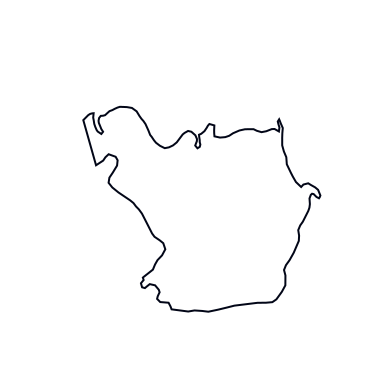 outline of Sarikei, Sarawak, Malaysia, rotated 34°
{"feature_id": "92858781B34394756888936", "entity_name": "Sarikei", "entity_type": "district", "adm_level": 2, "iso_a3": "MYS", "parent_name": "Malaysia", "parent_adm1": "Sarawak", "projection": "mercator", "projection_center": [111.411, 2.079], "detail": "fine", "context": "isolated", "style": "outline", "palette": "ink", "viewbox_px": 384, "rotation_deg": 34, "n_neighbors": 0, "source": "geoboundaries", "source_scale": "gbopen_adm2", "svg_char_len": 2376}
<svg xmlns="http://www.w3.org/2000/svg" viewBox="0 0 384 384"><g transform="rotate(34 192 192)"><path d="M240.7,300.7L255.7,293.2L260.3,288.8L267.0,284.9L272.5,282.1L279.4,275.0L285.7,268.1L290.7,262.5L308.2,247.3L315.4,242.3L320.2,238.4L320.8,236.9L322.0,233.8L322.3,224.5L321.6,217.2L316.1,208.9L311.9,205.2L310.8,200.1L311.0,193.9L310.3,185.4L307.9,172.8L305.2,168.3L301.4,164.2L300.4,159.2L300.5,154.6L299.0,142.7L298.1,139.3L296.5,136.1L293.0,131.6L292.1,127.9L292.5,126.3L294.0,125.7L298.0,126.5L300.8,126.2L300.8,124.9L300.4,123.1L295.3,119.7L291.4,119.3L286.5,119.7L283.5,119.8L280.2,123.5L279.7,126.8L272.6,125.6L266.9,122.8L263.1,120.7L255.1,116.0L250.7,110.4L245.5,107.0L240.7,102.9L237.6,98.3L236.5,96.7L234.0,92.7L232.6,90.2L231.5,88.2L227.4,85.6L225.0,83.9L223.6,83.0L223.7,85.6L225.9,87.6L228.4,89.6L230.2,93.2L225.2,93.6L223.0,95.2L219.6,100.1L216.2,103.5L211.5,105.0L207.9,105.5L200.9,110.3L196.9,114.5L193.2,120.3L191.4,124.6L188.9,127.9L184.8,131.2L179.5,133.3L177.4,130.7L175.8,128.4L173.3,124.3L168.4,125.9L168.1,128.2L168.3,130.5L168.3,132.4L168.3,134.6L167.1,138.6L165.8,140.6L167.0,142.1L169.3,144.6L170.6,146.4L172.4,148.0L173.2,150.2L172.1,152.7L168.7,151.7L168.1,149.3L167.6,147.1L166.5,145.3L163.1,143.1L157.8,142.4L154.6,143.6L152.8,147.2L152.1,149.5L151.6,159.4L150.2,164.0L147.9,167.9L144.9,170.9L139.6,171.6L134.6,171.3L131.6,170.4L127.7,168.8L125.4,168.1L121.5,165.4L115.5,161.7L112.0,160.3L109.2,159.6L106.0,158.4L101.0,156.1L95.2,155.9L90.6,158.0L88.3,159.4L84.6,161.7L83.0,163.7L81.4,166.3L80.2,168.6L78.4,171.1L77.7,173.9L77.0,176.9L75.6,178.5L73.8,179.9L73.6,182.6L74.7,185.2L76.1,186.8L78.8,188.6L81.6,190.5L84.6,191.8L84.4,194.6L80.0,194.6L78.2,193.9L75.4,192.1L72.9,190.2L70.6,187.7L68.5,185.6L66.4,181.7L65.3,182.6L63.9,184.2L63.0,186.3L61.7,193.2L97.5,223.5L100.8,215.6L100.8,211.6L101.8,207.3L109.0,205.5L112.6,207.3L115.1,212.0L115.5,220.2L115.5,226.3L117.7,231.0L123.4,232.8L131.3,233.5L136.4,233.5L145.4,233.5L149.7,233.9L153.7,235.3L157.6,236.1L162.6,237.9L174.2,244.3L182.1,248.7L186.0,250.1L192.2,250.1L196.8,250.5L201.9,254.4L202.6,261.3L201.5,267.7L201.9,272.8L203.0,278.2L199.1,290.4L201.1,292.0L200.7,296.2L203.9,298.9L206.7,298.0L207.4,295.5L208.5,292.0L213.6,290.0L219.1,291.6L221.2,293.2L221.9,297.6L222.8,300.1L227.2,301.0L234.5,296.9L238.2,298.9L240.7,300.7Z" fill="none" stroke="#020617" stroke-width="2"/></g></svg>